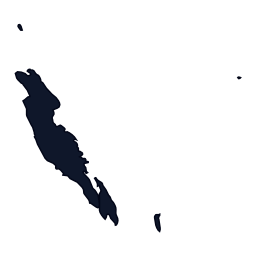 the Province of Malaita
{"feature_id": "SLB-1260", "entity_name": "Malaita", "entity_type": "Province", "adm_level": 1, "iso_a3": "SLB", "parent_name": "Solomon Islands", "parent_adm1": "", "projection": "orthographic", "projection_center": [161.217, -8.863], "detail": "fine", "context": "isolated", "style": "filled", "palette": "ink", "viewbox_px": 256, "rotation_deg": 0, "n_neighbors": 0, "source": "natural_earth", "source_scale": "10m", "svg_char_len": 3108}
<svg xmlns="http://www.w3.org/2000/svg" viewBox="0 0 256 256"><path d="M96.0,206.9L90.7,203.2L89.7,203.1L89.4,201.3L88.7,199.7L84.6,194.3L84.0,193.4L83.8,192.3L83.6,190.3L83.3,189.1L82.2,187.3L77.3,182.2L70.2,178.6L67.7,175.7L62.9,175.1L63.5,173.3L60.6,170.0L59.2,169.0L58.4,168.8L56.7,169.0L56.0,168.6L55.7,167.8L55.8,166.1L55.7,165.4L53.2,163.2L47.4,160.6L45.1,158.2L37.6,144.3L35.8,139.2L34.4,136.8L35.0,135.9L35.1,135.4L35.0,134.8L34.4,134.0L34.3,132.4L32.7,127.2L31.3,124.9L27.0,116.3L26.6,114.9L26.6,109.2L26.4,108.3L23.0,100.9L24.8,99.7L27.9,97.0L29.8,96.6L29.8,95.6L27.3,90.1L23.2,84.7L22.7,83.7L21.3,83.1L17.8,79.6L16.7,78.0L15.4,73.4L17.5,71.8L21.3,72.2L25.1,73.6L27.2,75.5L28.0,75.8L29.0,75.6L30.2,75.0L30.8,74.2L30.4,73.3L27.3,71.2L27.5,70.5L28.3,69.7L29.2,69.3L30.1,69.4L30.1,70.1L32.5,70.1L33.8,70.8L35.7,73.6L37.0,74.7L38.1,75.2L39.0,76.1L40.0,78.0L40.5,79.2L40.7,80.1L40.8,81.2L41.0,81.7L42.5,82.6L42.9,83.0L46.4,88.3L51.8,94.1L56.0,97.6L58.4,100.8L59.4,102.8L59.8,104.8L59.0,107.0L57.1,108.2L54.7,109.1L52.8,110.1L53.5,111.5L53.9,112.9L53.9,114.2L52.2,117.1L52.2,118.4L52.6,119.8L52.8,121.3L53.2,122.8L55.2,124.6L55.6,125.6L56.3,126.6L57.7,126.4L60.2,125.2L61.1,125.6L64.0,127.8L64.9,128.8L64.9,129.5L64.5,130.1L64.2,130.8L64.9,131.7L65.7,132.2L66.4,132.2L66.8,131.9L67.0,131.7L69.4,132.9L72.0,134.7L74.4,137.0L76.2,139.6L74.9,139.1L73.8,139.9L73.5,141.1L74.4,141.7L75.7,142.2L76.9,143.5L77.5,145.2L76.9,146.8L77.8,147.3L78.2,148.0L78.4,148.8L78.3,149.9L78.5,151.0L79.1,151.3L79.7,151.3L80.5,151.7L81.1,152.2L81.8,152.5L82.4,153.1L82.6,154.3L82.3,154.8L79.7,156.8L81.6,157.6L82.2,158.2L82.6,158.9L84.0,158.4L85.2,158.7L85.8,159.7L85.5,161.1L86.2,161.2L88.2,161.8L88.2,162.5L85.4,163.2L84.4,163.2L84.0,163.8L84.1,165.0L84.5,166.2L85.1,166.8L85.7,167.6L86.3,171.4L87.6,172.6L86.2,173.3L85.5,172.7L85.0,171.6L84.0,171.1L83.1,171.7L83.3,172.8L84.2,174.1L88.2,178.3L89.4,180.0L92.7,188.2L93.6,189.1L94.7,190.0L96.1,192.0L98.1,195.6L99.4,203.8L99.3,206.0L98.7,207.4L97.6,207.7L96.0,206.9ZM99.5,185.5L99.1,185.7L97.9,186.0L97.5,186.2L97.5,184.0L96.8,182.0L94.6,178.3L95.4,177.7L95.9,177.8L96.7,179.1L98.1,180.5L101.7,182.7L102.4,183.7L102.8,185.4L105.9,189.8L108.5,195.1L109.8,196.6L110.3,197.5L111.1,199.8L111.9,200.9L112.9,202.0L113.7,203.1L115.0,205.6L115.7,207.5L115.9,209.3L115.8,213.1L116.1,214.8L117.6,218.3L117.9,220.6L117.4,223.0L116.4,224.9L115.4,225.2L115.0,223.1L110.8,218.4L109.8,215.9L109.2,214.7L108.0,214.1L106.9,214.5L106.2,217.4L105.1,219.2L103.4,217.4L101.6,215.0L100.1,212.4L99.5,210.2L99.5,203.8L99.5,197.7L99.3,195.4L99.3,194.1L101.0,191.1L100.7,189.4L99.9,187.7L99.5,185.5ZM159.6,231.4L158.2,230.2L156.8,227.8L155.8,225.0L154.6,217.7L154.7,216.3L155.8,214.8L157.0,214.6L158.3,214.8L159.7,214.2L159.7,215.1L159.6,215.6L158.9,216.3L158.8,217.1L158.6,217.5L158.2,217.8L158.8,219.3L160.1,227.9L160.1,229.7L159.6,231.4ZM21.0,26.3L22.2,30.1L21.5,30.2L20.6,30.1L18.6,27.4L18.0,26.1L18.5,24.8L19.7,24.6L20.3,25.2L21.0,26.3ZM238.7,78.6L237.8,77.6L238.3,77.1L239.4,77.2L240.6,77.6L240.3,78.0L239.8,78.3L239.3,78.5L238.7,78.6Z" fill="#0f172a" stroke="#020617" stroke-width="1.5"/></svg>